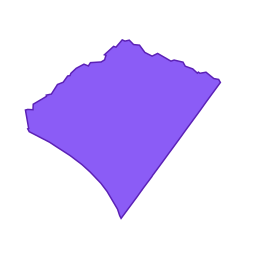 outline of Horry, South Carolina, United States of America, rotated 80°
{"feature_id": "52423323B30660787387820", "entity_name": "Horry", "entity_type": "district", "adm_level": 2, "iso_a3": "USA", "parent_name": "United States of America", "parent_adm1": "South Carolina", "projection": "natural_earth1", "projection_center": [-79.016, 33.934], "detail": "fine", "context": "isolated", "style": "filled", "palette": "violet", "viewbox_px": 256, "rotation_deg": 80, "n_neighbors": 0, "source": "geoboundaries", "source_scale": "gbopen_adm2", "svg_char_len": 1038}
<svg xmlns="http://www.w3.org/2000/svg" viewBox="0 0 256 256"><g transform="rotate(80 128 128)"><path d="M86.6,41.5L86.6,47.7L85.2,49.0L86.0,50.2L81.0,54.0L77.1,60.9L72.7,62.4L69.1,70.8L69.6,74.1L59.7,85.9L61.4,91.8L56.5,98.3L48.4,102.3L46.8,108.0L41.7,111.5L41.9,115.9L40.2,118.4L46.3,125.8L45.1,128.0L51.8,138.5L52.6,137.1L56.8,139.2L58.3,143.0L57.1,153.6L60.0,156.3L57.5,160.3L60.2,168.6L64.2,174.7L66.3,176.0L66.3,178.4L71.7,183.9L72.9,189.9L81.3,197.6L81.4,202.8L82.7,202.8L88.1,217.2L93.5,218.4L92.3,223.5L92.5,225.9L111.2,225.9L111.4,226.9L114.5,225.9L123.6,214.0L128.4,207.7L133.7,202.1L145.0,189.9L156.0,179.7L164.8,172.9L170.6,169.0L171.7,168.3L177.7,164.3L186.9,159.6L206.1,152.4L212.9,151.4L215.8,150.5L207.1,141.3L199.3,133.1L198.1,131.8L191.7,125.3L191.7,125.2L191.4,125.0L189.0,122.5L180.2,113.1L178.5,111.6L178.1,111.1L165.5,97.9L160.0,92.2L156.2,88.2L146.6,78.2L142.3,73.8L139.0,70.4L134.6,65.8L122.8,53.5L115.7,46.3L99.2,29.1L95.9,30.3L94.2,34.9L86.6,41.5Z" fill="#8b5cf6" stroke="#5b21b6" stroke-width="1.5"/></g></svg>